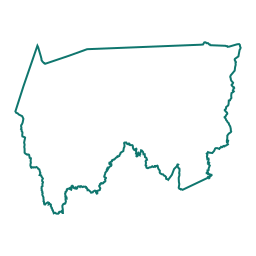 Aveiro, Pará, Brazil (Equal Earth projection)
{"feature_id": "56859067B38490722254751", "entity_name": "Aveiro", "entity_type": "district", "adm_level": 2, "iso_a3": "BRA", "parent_name": "Brazil", "parent_adm1": "Pará", "projection": "equal_earth", "projection_center": [-55.979, -3.763], "detail": "fine", "context": "isolated", "style": "outline", "palette": "teal", "viewbox_px": 256, "rotation_deg": 0, "n_neighbors": 0, "source": "geoboundaries", "source_scale": "gbopen_adm2", "svg_char_len": 5865}
<svg xmlns="http://www.w3.org/2000/svg" viewBox="0 0 256 256"><path d="M23.5,86.1L15.4,111.4L16.2,112.8L17.6,113.3L18.8,114.5L22.2,116.2L23.4,118.8L22.6,122.7L21.8,124.5L21.2,125.2L21.1,126.3L21.5,128.0L21.0,129.1L21.6,129.7L21.7,131.3L22.3,132.0L22.5,132.8L22.2,135.0L22.4,136.4L24.8,137.3L25.1,137.7L24.1,142.6L24.6,144.5L24.5,145.8L24.2,146.9L24.6,148.7L24.6,152.7L25.4,153.6L27.2,154.7L27.8,154.4L28.8,154.6L29.1,154.9L29.7,157.9L30.9,158.3L30.6,160.9L30.9,162.9L30.5,163.9L30.4,165.5L31.0,167.4L31.3,167.7L31.9,167.1L33.1,167.6L33.9,167.2L35.2,167.5L36.4,167.0L37.6,167.8L38.1,168.7L39.3,169.4L40.1,172.5L40.4,172.9L39.6,175.1L41.2,175.4L41.3,176.2L42.9,178.6L42.1,180.1L42.2,181.2L43.0,182.1L42.9,182.8L42.4,183.5L42.5,186.2L41.7,186.7L41.5,188.7L41.8,189.2L41.6,190.4L42.3,191.3L42.4,192.0L42.2,192.5L42.7,193.2L42.3,194.3L42.4,195.0L43.5,197.4L43.4,198.0L43.7,200.2L43.5,201.3L43.9,201.6L44.1,203.7L44.4,204.4L45.1,204.5L45.6,203.7L47.9,202.3L48.9,202.8L48.7,203.4L48.8,203.8L48.7,204.4L49.9,203.9L50.8,204.5L51.0,205.0L50.7,206.1L51.5,207.4L51.5,207.9L51.9,208.0L52.4,210.1L52.9,210.3L53.1,211.6L53.7,212.5L53.8,213.2L55.0,212.7L56.3,213.6L58.2,213.7L58.9,213.1L58.9,212.3L59.4,211.8L60.9,211.8L61.7,211.0L62.2,211.7L62.2,212.3L62.5,213.0L62.9,213.0L62.8,209.3L62.4,207.0L62.4,205.6L63.3,204.1L63.8,203.8L64.5,203.9L65.1,203.6L65.1,203.1L65.5,202.9L65.9,201.4L65.5,199.6L65.6,198.2L65.9,198.1L66.6,198.4L66.6,197.9L66.5,197.4L65.7,197.3L65.4,196.9L65.8,196.6L65.8,196.1L65.3,195.2L65.1,193.3L65.5,193.0L65.8,192.3L65.6,191.8L66.9,190.6L66.8,189.4L67.4,188.9L68.2,188.9L70.2,187.8L70.1,189.2L71.2,189.7L71.8,187.7L71.6,186.2L72.2,185.7L72.6,185.8L74.0,188.1L75.1,188.5L75.5,187.6L76.7,188.7L77.0,188.5L77.4,187.6L77.3,187.1L78.2,186.4L79.0,186.3L80.0,187.0L80.5,186.2L81.3,186.2L82.3,187.1L83.1,186.9L83.4,186.6L84.0,186.8L85.3,186.6L86.1,187.0L86.2,188.0L86.9,188.1L87.5,190.1L88.2,189.7L90.6,191.8L91.1,192.7L92.8,192.3L93.1,191.6L94.8,190.6L96.0,190.9L96.0,192.4L96.8,193.6L97.3,193.4L97.3,191.3L97.9,190.6L99.7,190.1L100.3,188.2L99.2,186.3L99.2,185.8L99.9,185.1L99.9,184.2L101.2,183.0L101.6,183.1L101.8,183.6L103.3,183.2L103.7,182.2L104.5,182.0L105.3,181.3L105.4,180.8L105.0,179.3L105.9,178.3L105.9,177.8L104.3,176.9L104.2,176.4L105.2,173.7L105.3,172.6L107.2,170.6L107.3,170.2L106.7,169.8L107.4,168.2L108.0,169.1L109.3,166.9L111.1,165.9L111.5,165.0L111.4,164.5L111.0,164.7L110.7,163.7L109.6,164.1L109.3,163.8L109.4,162.8L109.8,162.8L110.4,162.1L111.9,161.4L111.9,160.4L112.2,160.2L112.5,160.4L113.5,159.5L114.3,159.5L116.1,157.6L117.3,157.1L117.2,156.6L117.5,156.2L118.2,156.4L119.3,156.0L119.8,154.4L120.4,153.8L120.6,152.7L123.3,151.1L123.8,148.0L124.5,146.6L124.4,144.1L124.1,143.2L124.3,142.7L124.7,142.5L126.3,142.5L127.0,143.8L128.2,144.3L128.7,143.5L129.1,143.5L129.4,143.7L130.0,145.1L132.4,145.2L132.9,146.1L132.9,147.8L133.8,149.6L134.6,150.0L134.8,149.5L136.2,148.7L136.5,149.1L135.9,151.0L136.7,152.7L136.0,153.1L135.9,153.6L136.7,154.0L137.1,153.8L137.2,154.4L136.4,156.1L136.7,156.4L137.4,156.2L138.5,153.6L138.9,154.7L139.7,155.2L139.7,154.3L140.2,154.1L140.1,153.1L140.7,152.1L141.1,150.3L141.9,150.6L143.1,152.1L143.5,154.3L144.7,154.2L145.0,157.1L146.3,157.8L147.0,159.8L146.3,160.1L145.6,161.2L146.0,162.8L145.6,165.4L146.3,165.8L146.2,166.8L146.6,167.8L147.9,168.2L149.7,167.3L150.8,167.3L152.2,166.3L152.7,166.8L153.8,167.0L154.3,166.7L154.7,166.0L155.3,166.0L155.5,166.5L156.1,166.0L156.8,166.2L157.3,165.7L157.7,166.0L158.0,167.8L158.7,169.3L159.8,170.6L159.7,172.5L160.3,173.4L162.0,174.3L163.0,174.3L164.3,175.8L165.0,175.9L166.1,177.1L166.0,178.0L166.3,179.0L167.6,179.2L168.2,179.8L171.9,174.8L174.1,169.0L176.7,166.4L177.5,164.5L177.8,164.4L178.2,164.6L177.5,165.5L177.5,166.3L178.7,168.3L179.4,168.6L179.5,169.5L179.5,171.1L179.1,173.1L179.4,173.6L179.4,175.4L178.7,177.8L178.9,182.0L179.3,184.1L178.7,187.8L179.5,188.9L180.3,188.9L180.9,189.5L181.5,189.2L182.6,189.8L207.8,177.8L207.8,177.1L208.1,176.8L208.7,177.4L209.1,178.2L209.4,178.0L209.7,176.5L210.5,176.2L211.6,175.2L211.5,174.8L211.1,174.8L210.0,175.2L209.7,174.2L208.0,174.1L207.3,173.2L206.7,173.2L206.7,172.7L207.0,172.5L207.9,172.4L207.5,171.3L207.5,170.4L208.4,170.3L208.7,170.0L208.6,168.5L209.8,165.5L208.2,164.0L208.9,163.6L209.2,162.9L208.8,162.7L208.2,162.8L207.9,162.3L208.1,161.8L208.5,161.7L208.4,160.7L208.7,159.6L208.5,158.5L208.1,158.4L207.3,158.9L206.9,156.2L207.4,154.9L206.7,153.6L207.1,153.2L207.6,153.2L208.0,152.1L209.6,152.7L212.3,153.0L214.2,150.8L215.1,148.6L215.6,148.2L217.2,148.1L219.3,148.9L219.8,148.0L220.7,147.7L221.1,146.8L222.4,147.1L223.4,146.0L224.5,146.4L224.9,145.8L225.9,145.6L227.9,144.4L227.5,143.8L227.6,142.7L228.2,140.7L227.9,140.4L227.2,142.0L226.9,142.0L226.8,140.9L227.3,138.3L227.3,135.6L228.7,133.7L230.9,132.1L231.2,131.4L230.8,130.5L230.8,129.0L230.2,126.4L229.0,124.4L228.8,123.3L227.6,122.2L226.9,120.8L226.1,120.0L225.6,118.4L224.6,117.5L224.6,117.0L225.7,116.2L226.4,114.7L227.2,114.0L227.3,113.5L227.0,112.6L225.6,111.4L225.2,110.4L224.8,110.3L224.8,109.8L226.0,108.8L226.1,107.1L228.2,105.4L228.6,103.8L228.8,100.5L230.0,100.3L230.4,99.3L231.4,98.0L231.2,95.9L231.5,93.1L233.5,91.8L233.8,91.4L232.9,90.8L232.8,90.3L233.4,89.6L233.5,88.6L234.2,88.0L234.0,87.3L233.1,86.9L231.6,85.3L231.6,84.7L232.8,83.6L233.1,82.7L231.6,81.1L230.9,79.8L230.7,78.2L230.2,76.9L230.7,75.4L234.7,70.6L235.1,67.1L235.7,64.8L235.5,62.8L235.9,62.4L235.8,61.7L234.9,60.6L234.7,59.3L235.0,58.8L238.4,56.4L239.6,49.9L240.4,48.6L240.6,47.6L240.1,46.6L239.8,44.8L239.1,44.1L237.1,44.3L228.9,46.7L228.4,46.6L227.7,46.8L227.1,46.1L226.3,46.2L225.6,45.8L210.3,45.2L209.8,44.4L209.2,44.4L207.9,43.1L206.5,43.2L205.6,42.3L204.6,42.3L204.3,42.4L203.0,44.5L201.0,44.7L87.1,49.2L68.8,55.8L45.1,63.8L44.5,63.1L44.1,63.2L42.5,61.6L41.5,60.0L41.5,59.0L40.9,56.6L38.1,47.1L37.4,45.7L23.5,86.1Z" fill="none" stroke="#0f766e" stroke-width="2"/></svg>